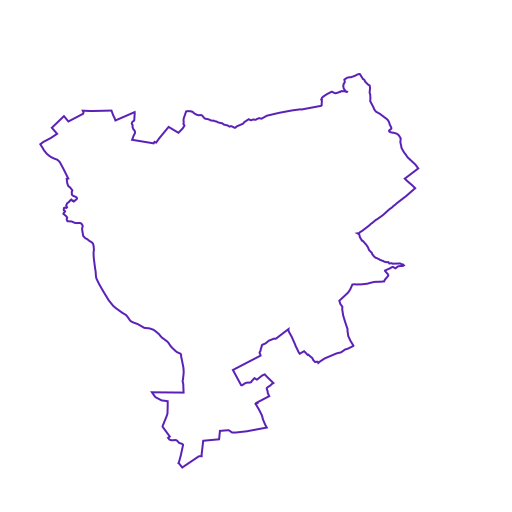 the district of Albesti, Vaslui, Romania, rotated 345°
{"feature_id": "2599482B63481497908108", "entity_name": "Albesti", "entity_type": "district", "adm_level": 2, "iso_a3": "ROU", "parent_name": "Romania", "parent_adm1": "Vaslui", "projection": "natural_earth1", "projection_center": [27.866, 46.507], "detail": "fine", "context": "isolated", "style": "outline", "palette": "violet", "viewbox_px": 512, "rotation_deg": 345, "n_neighbors": 0, "source": "geoboundaries", "source_scale": "gbopen_adm2", "svg_char_len": 6054}
<svg xmlns="http://www.w3.org/2000/svg" viewBox="0 0 512 512"><g transform="rotate(345 256 256)"><path d="M395.2,303.6L395.3,303.5L396.4,303.3L395.9,302.3L394.9,301.9L393.2,300.5L386.0,298.8L385.2,298.1L382.8,297.7L382.3,296.2L380.5,295.8L378.3,294.6L377.5,293.6L376.5,293.2L375.7,292.4L374.8,291.9L374.2,291.1L372.0,289.2L371.0,288.6L369.7,286.7L369.5,285.8L368.8,284.6L368.7,283.0L366.8,279.7L366.3,276.2L365.4,273.7L363.2,269.2L362.1,268.4L362.2,267.5L361.5,266.1L361.5,265.4L361.2,264.7L361.3,262.2L361.1,261.6L359.9,260.4L361.6,260.6L362.6,259.9L365.1,259.2L373.3,255.8L375.5,254.6L377.0,254.1L381.2,252.1L382.1,252.0L389.1,249.4L396.9,245.4L400.2,244.2L401.6,243.3L403.5,242.6L405.6,241.5L416.5,237.0L427.3,231.7L425.1,228.0L421.8,223.2L419.7,219.8L435.4,213.4L433.6,208.9L428.1,200.1L427.4,198.4L426.9,196.6L426.3,195.5L425.6,193.6L424.5,189.1L424.7,187.8L424.9,183.4L426.2,179.9L425.3,176.6L423.8,174.4L421.2,172.8L418.5,171.6L417.0,170.4L416.9,169.6L417.1,169.2L419.6,168.1L419.8,167.7L419.9,166.7L419.2,163.6L419.2,161.7L418.7,159.2L417.9,157.7L412.4,150.7L409.3,147.7L408.1,144.9L407.9,142.6L406.4,136.0L407.4,133.0L408.1,129.4L408.0,127.9L408.2,127.1L409.6,123.4L409.9,121.3L409.8,120.5L408.8,119.7L406.6,116.0L406.3,114.2L406.0,113.5L405.1,112.7L403.5,107.3L403.2,107.0L401.1,106.9L398.0,107.6L393.9,107.9L392.3,107.5L390.2,107.4L387.0,108.5L386.9,110.4L386.6,111.3L385.1,112.5L385.0,113.3L384.3,114.0L384.3,114.7L384.1,115.9L384.1,117.0L384.8,118.7L384.9,119.5L385.4,120.1L386.5,120.9L386.4,121.0L385.8,120.9L383.6,119.4L382.8,119.5L381.3,118.8L379.8,119.3L379.4,119.0L377.7,119.4L374.9,119.4L374.3,119.1L371.7,116.9L366.5,118.0L362.5,119.3L360.7,120.2L360.1,121.1L360.1,121.9L359.6,121.9L359.7,123.5L358.7,126.4L358.5,127.4L357.7,127.8L338.2,126.3L337.3,126.1L336.9,125.8L328.3,124.7L315.4,123.7L302.8,123.3L296.9,124.8L294.8,123.7L292.9,123.8L291.1,124.3L290.4,124.2L288.7,123.4L286.8,123.6L285.9,123.4L284.4,122.0L279.2,123.7L278.2,124.6L277.4,124.9L271.1,125.8L269.3,126.7L268.7,126.7L265.9,124.3L265.5,124.1L264.0,124.2L262.4,122.6L258.9,120.7L257.9,119.2L254.0,117.2L252.6,115.8L251.4,115.3L249.9,114.2L248.9,114.0L247.5,113.4L246.5,112.4L244.8,111.3L242.6,110.3L241.8,109.5L240.3,106.3L239.5,105.7L236.8,105.1L235.0,104.0L233.5,102.5L232.8,101.6L232.3,100.6L231.8,100.1L231.1,99.9L230.7,99.4L227.6,98.4L225.9,98.3L221.8,104.4L221.2,105.8L220.7,108.5L220.1,109.6L220.2,110.3L220.6,110.9L220.6,111.6L218.2,113.8L213.0,116.9L205.0,108.7L193.2,117.1L188.9,120.6L187.5,119.5L186.3,120.7L166.4,111.7L168.8,108.3L170.9,106.0L171.3,104.2L171.0,103.0L170.4,102.0L170.1,99.4L170.7,97.9L170.4,96.9L170.3,95.8L171.1,94.7L172.0,94.1L172.9,93.9L173.5,93.4L175.8,86.7L176.0,85.6L155.3,88.7L155.1,86.2L154.5,83.3L154.0,78.1L134.2,73.3L126.3,70.8L126.5,72.2L126.5,72.9L125.7,73.9L109.6,77.5L106.7,71.2L92.0,79.3L95.5,86.5L88.4,88.9L80.1,90.8L76.6,92.2L78.1,97.1L78.4,98.7L80.5,103.3L82.5,106.1L83.9,107.6L85.3,108.9L89.0,111.6L90.1,113.2L90.8,114.6L92.5,121.8L94.7,132.6L93.1,132.5L92.5,137.0L92.8,139.9L94.1,141.5L95.6,145.1L94.5,146.6L94.5,147.3L94.0,148.9L94.3,149.6L94.9,150.5L97.0,152.1L97.9,153.0L98.0,154.0L97.6,154.6L94.2,156.2L93.8,155.3L93.1,155.4L92.3,153.7L91.2,154.1L91.0,154.4L90.4,154.5L89.8,155.1L87.0,156.4L85.7,158.2L86.1,160.0L85.3,160.5L83.7,159.8L83.0,159.9L82.3,161.4L82.2,162.0L83.0,163.0L83.1,163.6L81.0,165.0L80.9,165.5L82.7,168.0L83.6,170.0L82.7,171.3L82.6,172.2L82.9,173.6L87.0,175.0L89.0,176.7L90.0,177.3L91.3,177.8L94.5,178.5L95.4,179.2L96.1,180.4L96.4,181.8L96.3,182.4L95.3,184.1L94.9,185.2L94.5,189.6L94.3,191.2L94.4,192.2L95.7,194.6L97.4,196.1L98.8,198.1L101.1,200.5L101.8,202.0L101.7,204.4L101.1,208.0L100.1,210.2L99.3,213.4L98.7,216.5L97.4,226.0L97.1,229.3L96.2,233.9L96.0,236.3L97.2,242.6L99.2,250.2L102.3,260.8L105.1,267.1L107.3,270.3L112.1,276.2L115.2,279.4L116.2,281.6L117.7,285.8L118.6,287.0L120.2,288.4L124.2,291.2L129.5,296.5L134.3,298.3L137.6,300.5L139.0,302.0L142.1,306.4L143.0,308.6L143.9,310.3L148.2,315.7L149.0,317.3L150.2,320.9L151.2,322.9L154.0,327.4L154.9,328.5L157.7,330.8L158.1,331.7L157.9,332.8L157.6,334.1L157.6,335.7L157.0,344.9L156.7,346.7L156.0,349.8L155.3,351.7L153.6,356.1L152.7,357.9L152.6,360.8L150.7,369.2L120.2,360.7L121.8,365.2L122.5,366.5L127.4,371.0L133.1,373.4L131.9,378.0L129.7,385.3L127.9,388.0L121.7,396.2L121.6,396.8L126.0,408.1L124.0,408.9L124.8,410.8L125.7,411.6L127.2,412.3L130.9,413.0L132.0,414.0L133.4,416.7L136.0,418.3L136.7,419.5L132.0,428.7L128.3,435.1L127.5,436.0L128.1,436.7L130.0,441.2L148.3,434.9L149.2,434.7L151.7,435.3L152.0,433.9L157.2,420.8L172.9,423.5L175.9,415.6L184.2,417.1L185.1,417.8L187.2,420.3L190.3,421.2L201.5,422.9L222.0,424.5L221.3,421.7L220.6,417.0L220.4,414.7L220.5,412.9L220.3,410.7L219.1,404.9L217.3,398.7L218.3,398.4L219.4,398.5L219.5,398.2L219.1,397.8L232.5,394.8L231.9,391.4L232.2,389.7L232.0,387.6L232.1,386.5L233.4,385.7L236.1,384.9L238.5,383.6L239.9,383.2L235.2,375.3L233.8,372.6L233.6,372.6L230.8,373.1L225.4,375.5L224.8,375.6L222.9,373.6L219.8,375.5L218.7,376.5L217.4,376.7L214.6,376.0L212.9,376.0L208.9,377.3L208.2,376.9L204.2,360.1L234.6,353.4L234.7,352.2L234.4,350.8L234.5,350.1L235.8,348.8L236.3,347.6L237.4,345.8L238.2,344.7L238.4,343.9L239.0,343.4L242.6,342.9L246.6,341.1L251.9,340.5L252.6,340.6L253.6,341.1L268.5,335.0L268.0,336.5L268.5,339.1L269.6,343.3L270.9,351.8L271.0,353.5L271.5,355.5L272.3,360.0L272.9,361.7L277.8,360.4L280.4,365.0L281.1,364.9L282.2,366.7L284.0,369.2L284.3,371.2L285.7,373.8L287.8,373.9L288.5,374.8L288.5,375.4L290.4,374.5L295.9,372.7L308.1,371.0L310.2,370.9L312.2,371.1L313.4,371.0L317.8,369.4L320.8,369.3L326.7,368.1L326.9,367.8L325.3,362.5L324.4,357.2L325.0,351.9L325.5,350.4L325.0,342.3L324.8,335.8L325.5,329.7L326.3,327.4L325.1,324.3L324.9,320.8L335.6,315.1L338.3,312.7L341.7,308.5L343.9,308.8L345.7,309.5L350.6,310.7L356.6,311.6L359.7,311.5L364.0,311.7L369.7,313.1L373.2,313.7L374.3,312.3L378.6,309.3L378.8,308.7L378.7,307.8L376.8,303.9L376.8,303.5L380.0,302.9L381.6,302.7L384.7,301.9L385.4,302.0L387.5,304.0L390.4,302.8L392.0,302.9L395.2,303.6Z" fill="none" stroke="#5b21b6" stroke-width="2"/></g></svg>